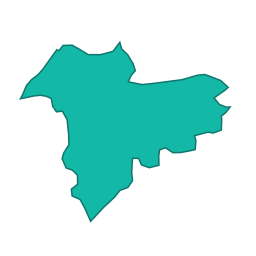 Hampyeong-gun, South Jeolla, South Korea, rotated 264°
{"feature_id": "91817680B7912985797785", "entity_name": "Hampyeong-gun", "entity_type": "district", "adm_level": 2, "iso_a3": "KOR", "parent_name": "South Korea", "parent_adm1": "South Jeolla", "projection": "equal_earth", "projection_center": [126.541, 35.102], "detail": "fine", "context": "isolated", "style": "filled", "palette": "teal", "viewbox_px": 256, "rotation_deg": 264, "n_neighbors": 0, "source": "geoboundaries", "source_scale": "gbopen_adm2", "svg_char_len": 1084}
<svg xmlns="http://www.w3.org/2000/svg" viewBox="0 0 256 256"><g transform="rotate(264 128 128)"><path d="M214.1,128.8L205.8,121.0L203.8,108.2L205.1,96.1L211.4,87.9L216.2,81.1L216.9,72.0L212.1,67.5L213.3,65.4L195.4,49.5L190.5,44.2L186.4,37.4L180.8,31.4L172.5,26.9L168.3,24.1L169.7,37.4L169.7,44.2L168.3,49.5L165.5,54.7L157.2,55.5L151.6,58.5L151.6,64.5L142.6,68.3L128.0,68.3L117.6,67.5L109.9,61.5L104.4,59.3L94.7,62.3L91.9,68.3L86.3,72.8L77.3,72.0L73.1,65.3L66.2,65.3L62.0,72.8L53.0,76.6L39.1,81.1L51.6,95.4L60.6,107.4L66.8,113.5L68.9,121.7L75.2,127.0L83.5,127.0L97.4,129.3L96.7,135.3L89.8,137.6L86.3,145.1L87.7,154.9L97.4,155.7L103.0,157.2L104.4,163.2L98.8,170.0L98.1,177.5L98.8,186.6L99.5,192.6L108.5,194.2L113.4,193.4L115.5,207.0L114.1,212.3L116.2,220.6L126.6,222.1L130.1,222.1L132.9,226.6L138.2,231.8L138.4,228.1L141.9,221.3L148.9,216.8L155.8,228.9L157.9,231.9L165.6,225.1L173.2,210.0L173.2,202.5L170.4,186.6L169.7,158.7L169.7,146.6L173.9,133.1L180.1,136.8L184.3,141.3L191.3,139.8L201.0,135.3L207.2,130.0L214.1,128.8Z" fill="#14b8a6" stroke="#0f766e" stroke-width="1.5"/></g></svg>